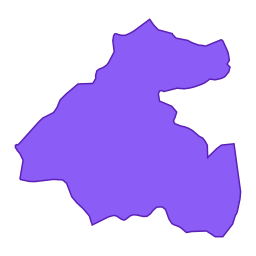 outline of La Paz
{"feature_id": "HND-649", "entity_name": "La Paz", "entity_type": "Department", "adm_level": 1, "iso_a3": "HND", "parent_name": "Honduras", "parent_adm1": "", "projection": "mercator", "projection_center": [-87.867, 14.132], "detail": "fine", "context": "isolated", "style": "filled", "palette": "violet", "viewbox_px": 256, "rotation_deg": 0, "n_neighbors": 0, "source": "natural_earth", "source_scale": "10m", "svg_char_len": 1685}
<svg xmlns="http://www.w3.org/2000/svg" viewBox="0 0 256 256"><path d="M34.7,181.6L29.1,181.4L20.5,179.5L20.0,178.6L23.1,160.3L19.9,153.5L17.7,151.1L15.4,147.4L15.4,145.6L16.3,144.6L17.6,145.0L19.8,143.0L39.1,121.5L43.0,117.9L53.1,112.8L54.1,111.8L57.0,107.6L60.1,100.0L65.9,94.2L78.0,84.0L92.9,83.4L95.8,78.3L95.6,75.6L96.8,70.9L99.0,69.2L103.2,67.5L106.6,65.1L108.5,62.7L114.2,51.8L112.8,40.7L113.6,35.8L114.7,33.9L116.4,33.8L118.8,34.7L121.6,35.3L125.3,35.3L129.7,33.4L133.9,31.0L149.7,19.3L153.4,24.7L158.2,29.8L172.3,33.6L172.5,34.4L175.8,37.9L176.9,38.3L187.7,40.4L191.5,42.5L198.7,45.1L202.5,45.4L205.4,46.2L221.3,39.7L222.9,41.0L227.2,50.4L228.2,53.2L229.4,60.3L227.1,64.2L230.0,67.0L228.8,71.8L225.4,76.1L223.8,77.3L220.7,78.6L215.1,79.8L209.8,79.1L205.1,82.6L201.8,84.2L194.2,86.9L189.8,88.0L184.2,88.8L177.1,88.2L163.9,91.5L161.8,90.6L161.2,90.6L160.2,90.8L159.4,91.3L158.4,93.8L159.5,101.1L171.7,106.2L176.7,112.1L174.9,117.8L174.1,119.3L173.6,121.2L174.0,122.6L175.3,123.9L181.2,126.1L184.8,126.9L188.8,128.4L192.7,130.7L198.9,136.1L202.7,138.1L205.2,141.4L207.3,145.2L207.7,157.5L216.9,148.5L221.5,145.1L234.0,143.8L240.6,191.8L240.0,198.8L237.3,211.6L236.3,214.1L235.3,215.5L232.6,224.1L222.8,236.7L215.2,236.7L206.5,231.0L191.9,231.5L186.4,232.5L180.8,227.7L178.7,226.5L173.7,224.6L171.9,223.5L169.0,219.1L165.5,209.5L162.2,206.9L156.9,207.1L153.3,210.1L150.4,213.8L147.0,216.3L143.5,216.5L136.6,215.0L133.1,214.8L130.3,215.8L125.8,219.3L124.1,220.1L121.7,219.4L116.5,216.0L114.5,215.6L113.7,215.4L108.4,216.9L92.2,225.0L89.3,215.9L83.5,209.0L77.0,203.0L71.8,196.8L66.6,183.3L62.6,179.9L53.2,179.4L34.7,181.6Z" fill="#8b5cf6" stroke="#5b21b6" stroke-width="1.5"/></svg>